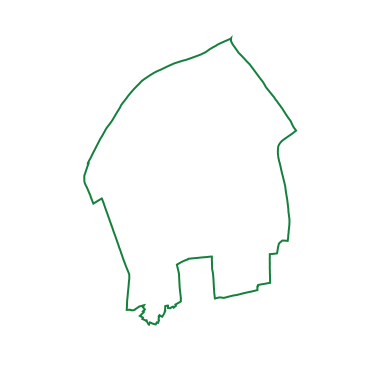 outline of Lat Lum Kaeo, Pathum Thani, Thailand, rotated 54°
{"feature_id": "78962969B45209726561008", "entity_name": "Lat Lum Kaeo", "entity_type": "district", "adm_level": 2, "iso_a3": "THA", "parent_name": "Thailand", "parent_adm1": "Pathum Thani", "projection": "robinson", "projection_center": [100.399, 14.041], "detail": "fine", "context": "isolated", "style": "outline", "palette": "green", "viewbox_px": 384, "rotation_deg": 54, "n_neighbors": 0, "source": "geoboundaries", "source_scale": "gbopen_adm2", "svg_char_len": 5760}
<svg xmlns="http://www.w3.org/2000/svg" viewBox="0 0 384 384"><g transform="rotate(54 192 192)"><path d="M143.4,278.6L144.2,268.8L144.9,268.9L145.6,269.1L148.9,270.0L150.8,270.6L155.4,272.0L157.9,272.7L161.0,273.6L163.2,274.3L164.5,274.6L166.0,275.1L167.7,275.6L169.0,276.0L172.8,277.1L174.7,277.6L176.0,278.1L177.7,278.6L182.3,279.9L184.0,280.4L185.2,280.8L186.7,281.2L191.3,282.6L192.9,283.1L194.3,283.6L195.1,283.8L195.8,283.9L198.3,284.7L199.2,285.0L201.1,285.6L202.3,285.9L204.4,286.6L205.0,286.8L213.7,289.2L218.8,290.4L221.4,291.1L221.9,291.3L222.2,291.5L224.5,293.1L225.1,293.6L225.7,294.0L226.2,294.6L227.7,295.9L228.2,296.4L228.7,296.8L229.0,297.0L233.2,300.7L236.2,303.4L238.2,305.1L240.2,306.9L241.5,308.1L244.0,310.1L246.2,311.8L249.0,314.1L250.8,311.4L251.3,310.9L251.5,311.0L251.7,310.9L251.8,310.8L252.5,310.1L252.8,309.5L253.5,308.4L253.6,308.1L253.5,306.2L253.7,301.9L253.8,301.6L253.9,301.1L254.7,299.4L254.9,298.7L255.0,298.2L255.4,297.3L255.7,298.0L256.0,298.7L256.1,299.4L256.7,299.4L258.7,299.2L259.3,299.1L259.5,299.9L259.4,300.0L259.7,301.9L260.8,301.5L260.9,301.9L260.9,302.3L261.0,302.6L261.1,302.9L261.1,303.6L261.5,305.7L261.6,307.0L263.8,306.0L264.2,305.7L264.8,305.5L265.5,306.8L267.6,305.6L269.0,305.0L268.9,304.6L268.9,304.4L269.0,304.2L269.9,304.4L270.4,304.6L271.2,304.7L273.1,304.9L273.5,304.9L274.0,304.8L272.8,302.6L275.0,301.4L276.2,300.6L277.8,299.2L277.3,298.3L276.8,297.1L277.9,296.4L276.4,294.1L276.0,294.3L274.5,293.1L274.2,292.8L274.1,292.5L273.7,291.7L273.0,292.0L272.9,292.0L272.5,290.7L272.9,290.6L273.5,290.2L274.9,289.8L275.4,289.4L274.5,287.2L273.7,285.6L273.3,284.9L272.6,283.7L272.3,283.9L271.8,283.2L271.1,282.8L270.4,282.1L269.9,281.7L268.6,280.8L268.6,280.5L268.7,280.4L269.6,278.4L269.8,278.2L271.7,279.6L272.1,279.2L273.3,277.8L273.3,277.7L273.2,277.0L273.2,276.7L273.4,275.5L273.5,274.8L274.8,274.8L274.6,272.0L274.6,271.9L273.3,271.6L273.9,266.6L274.0,265.4L272.1,264.1L272.1,263.9L271.9,263.7L271.3,263.4L262.0,258.1L254.9,253.5L250.7,250.7L247.8,249.4L243.7,247.7L241.9,246.9L242.2,244.2L242.4,242.5L242.7,240.3L243.2,238.1L243.3,237.6L243.6,236.5L243.8,235.9L244.1,235.1L243.8,234.4L244.1,233.8L244.7,232.8L245.7,231.1L247.8,227.5L248.5,226.4L250.0,223.7L252.6,219.4L253.0,218.8L255.1,215.1L255.9,213.9L256.8,214.5L258.9,216.1L259.8,216.6L265.3,220.4L266.6,221.2L268.3,222.0L269.8,222.7L271.9,223.9L274.2,225.3L283.4,231.2L286.9,233.4L287.8,233.9L288.6,234.4L289.6,234.9L290.8,235.7L291.7,236.0L293.2,232.2L293.5,231.6L294.6,230.3L296.2,228.7L296.4,228.5L297.8,224.9L298.5,223.1L299.2,221.4L300.1,219.2L300.5,218.5L301.1,217.3L301.3,217.1L301.4,216.9L303.0,212.9L303.7,211.1L305.1,207.7L306.1,205.5L306.9,203.6L307.6,202.2L308.8,199.2L309.4,197.7L309.8,196.7L306.9,194.7L306.8,194.4L307.0,194.1L306.1,193.4L306.6,192.0L308.3,188.5L309.1,187.0L310.5,183.9L311.4,182.2L306.3,178.6L305.3,177.9L304.3,177.3L303.8,176.9L302.9,176.3L301.9,175.6L301.3,175.1L300.7,174.8L300.0,174.3L298.7,173.4L297.7,172.7L297.0,172.1L295.8,171.2L295.5,171.1L295.3,170.8L295.1,170.8L294.2,170.1L293.2,169.4L291.1,167.9L290.1,167.1L288.0,165.6L289.5,163.2L289.9,162.4L291.5,159.7L291.6,159.4L291.5,159.1L291.1,158.7L289.8,157.4L286.9,154.5L286.4,153.8L285.6,152.9L285.2,152.5L285.0,152.2L284.7,151.4L284.4,148.1L284.4,147.7L284.5,147.3L284.6,147.1L284.8,146.9L285.9,145.5L287.8,143.3L285.0,140.6L284.4,140.2L283.6,139.6L282.2,138.2L281.4,137.5L280.3,136.7L279.3,135.7L278.5,134.9L278.2,134.6L277.3,134.0L276.6,133.2L275.6,132.4L272.9,130.3L272.4,129.9L271.3,129.3L270.9,128.9L268.9,127.9L266.6,126.6L264.5,125.5L263.4,124.7L262.7,124.3L261.6,123.6L259.4,122.4L258.3,121.8L254.4,119.6L252.6,118.7L249.8,117.3L248.4,116.6L248.0,116.4L247.0,115.9L246.2,115.4L245.1,114.9L243.2,113.8L241.7,113.0L239.8,112.2L237.1,111.1L234.4,110.0L232.5,109.2L230.6,108.5L229.4,108.0L226.8,106.9L225.7,106.4L221.1,104.4L218.6,103.5L216.8,102.7L216.0,102.4L215.0,101.9L214.9,101.9L212.8,100.7L211.2,99.8L209.0,98.2L207.2,96.7L205.7,95.3L204.8,93.7L204.1,91.7L203.7,90.1L203.5,88.5L203.5,85.5L203.7,76.0L203.5,71.7L199.4,71.7L197.0,71.4L194.5,70.9L192.6,70.5L189.7,70.5L187.9,70.5L184.6,70.4L177.1,69.9L175.7,70.0L174.5,69.9L170.8,70.0L168.2,69.9L166.3,70.1L163.7,69.9L150.7,70.6L147.5,70.2L144.5,69.9L140.0,70.1L129.0,70.2L122.4,70.3L118.7,70.9L113.0,71.5L106.5,72.5L104.1,72.4L96.2,72.3L93.5,71.9L92.6,71.6L91.2,70.6L90.6,70.0L90.7,70.4L90.7,70.7L89.1,78.0L88.8,79.4L88.0,83.3L87.8,85.0L87.7,87.2L87.3,89.8L87.0,92.6L86.9,93.6L86.9,97.9L86.8,99.1L86.7,100.0L86.6,100.6L86.3,101.8L86.2,102.5L86.0,103.7L85.7,105.0L85.3,106.5L83.6,112.4L82.8,115.2L81.6,119.1L81.3,119.9L80.2,122.6L79.3,125.4L77.5,130.8L77.1,132.7L76.7,134.8L76.5,135.4L76.0,137.9L75.1,143.0L74.7,145.2L74.0,148.2L73.4,151.5L73.3,152.2L73.1,154.2L72.8,159.1L72.8,160.0L72.7,162.1L72.7,162.5L72.7,162.9L72.6,164.4L72.7,166.3L72.6,166.9L72.8,167.6L72.8,168.3L73.0,169.3L73.3,170.4L73.4,171.3L73.9,174.5L74.1,175.6L74.5,178.0L74.8,179.3L75.0,180.1L75.5,182.3L75.9,184.1L76.9,187.9L77.5,189.5L78.3,192.2L79.0,194.8L79.9,197.8L80.2,198.4L80.9,199.8L81.3,200.5L82.7,203.9L83.6,206.1L84.8,208.9L87.1,214.2L87.5,215.3L87.9,216.5L88.3,217.7L89.1,220.3L89.2,221.0L89.5,221.7L89.9,223.0L90.1,223.7L91.2,226.2L91.7,227.1L92.5,229.0L93.3,230.6L94.1,232.4L94.7,234.0L95.6,235.9L98.5,241.6L100.0,244.6L100.5,245.6L102.0,248.6L102.7,249.9L103.7,251.9L104.3,252.8L104.5,253.4L104.9,254.1L105.3,254.8L105.8,256.1L107.0,258.5L107.6,259.4L108.1,258.9L109.2,260.6L110.4,262.3L113.2,266.3L114.3,267.7L115.1,269.0L115.6,269.6L116.2,270.1L118.4,271.6L119.2,272.2L120.3,272.9L121.2,273.3L122.6,273.7L124.5,274.1L126.2,274.3L128.6,274.8L130.1,275.2L132.9,275.8L135.7,276.5L136.5,276.8L137.6,277.2L138.0,277.2L138.7,277.4L140.9,278.0L143.4,278.6Z" fill="none" stroke="#15803d" stroke-width="2"/></g></svg>